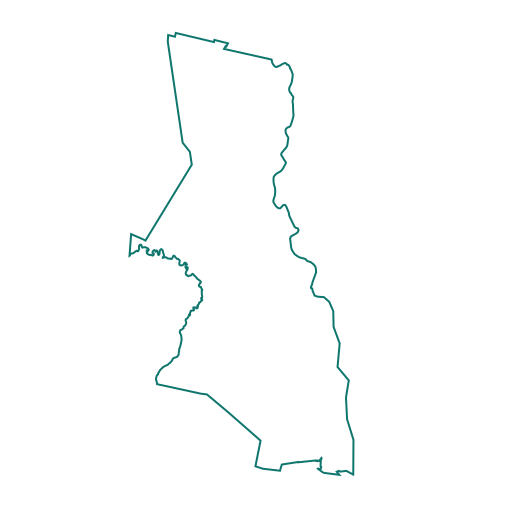 outline of Guerrero, Tamaulipas, Mexico, rotated 8°
{"feature_id": "50627088B90102683496666", "entity_name": "Guerrero", "entity_type": "district", "adm_level": 2, "iso_a3": "MEX", "parent_name": "Mexico", "parent_adm1": "Tamaulipas", "projection": "equal_earth", "projection_center": [-99.632, 26.921], "detail": "fine", "context": "isolated", "style": "outline", "palette": "teal", "viewbox_px": 512, "rotation_deg": 8, "n_neighbors": 0, "source": "geoboundaries", "source_scale": "gbopen_adm2", "svg_char_len": 6082}
<svg xmlns="http://www.w3.org/2000/svg" viewBox="0 0 512 512"><g transform="rotate(8 256 256)"><path d="M284.7,464.3L292.3,465.7L309.6,465.3L310.6,458.9L326.5,454.1L326.6,454.4L344.2,450.0L343.2,450.8L344.2,450.5L345.3,450.6L345.3,450.0L347.2,450.2L348.0,448.4L348.9,446.9L349.1,447.2L348.6,449.0L349.1,454.6L349.2,455.1L350.0,455.9L349.6,458.2L349.5,458.3L349.0,458.5L348.6,458.4L347.6,457.8L347.4,457.8L347.4,458.0L347.1,458.2L352.4,461.0L353.1,461.2L354.4,461.3L368.9,461.1L366.0,458.4L368.1,457.2L369.4,457.8L375.3,456.2L382.7,458.9L382.7,458.7L378.1,424.5L368.9,404.9L364.8,383.6L365.2,366.3L352.2,354.6L351.0,330.9L342.7,315.4L340.2,299.9L334.9,291.2L329.0,287.3L322.6,287.7L319.5,287.0L317.0,282.8L316.2,280.4L315.0,280.1L314.7,279.1L315.4,276.7L315.7,273.5L317.8,263.9L317.3,261.2L316.5,258.7L314.7,256.6L311.2,254.5L307.4,253.8L305.2,252.0L299.2,251.3L296.2,250.0L293.8,248.6L291.0,245.4L289.8,243.2L287.3,233.8L288.0,231.6L289.0,230.9L292.7,228.1L294.0,226.7L294.6,224.5L293.7,222.9L291.1,222.4L290.1,221.6L288.0,218.6L283.4,211.6L282.4,208.5L279.7,203.8L278.2,201.7L277.4,201.4L276.5,201.5L275.7,202.1L273.6,205.1L273.0,205.5L272.2,205.6L271.1,205.3L269.5,204.4L268.5,203.5L266.5,201.2L266.0,200.6L265.8,200.1L265.5,199.2L265.5,197.9L266.3,193.3L266.2,191.3L265.9,188.4L265.5,186.6L265.0,185.2L263.9,182.8L263.2,180.6L262.7,177.9L262.5,175.5L263.1,174.0L264.4,172.1L265.7,170.9L268.1,169.1L269.1,168.1L269.7,167.2L270.5,165.7L272.6,160.1L272.6,159.4L272.2,158.6L270.1,156.4L268.3,154.0L267.2,152.8L266.9,152.4L266.8,151.5L266.9,150.8L267.3,149.9L270.4,145.0L271.1,143.7L271.5,142.4L271.6,141.2L271.6,134.6L271.3,133.9L270.4,133.0L268.8,130.7L268.4,129.9L267.9,128.5L267.8,126.7L268.2,125.7L268.9,124.8L269.3,124.4L270.7,123.7L271.2,123.3L271.8,122.7L272.0,122.2L272.9,117.9L273.6,112.7L273.6,111.7L272.0,103.8L271.8,102.2L271.5,100.6L270.7,98.2L270.7,96.9L270.9,93.7L270.6,93.0L268.5,91.0L267.9,89.8L266.8,89.2L265.9,87.4L265.6,86.3L265.6,84.6L266.5,81.8L267.2,78.8L267.3,73.7L267.1,71.2L267.0,70.8L265.8,68.6L265.4,67.8L264.7,66.6L263.5,65.3L263.4,64.6L262.4,63.1L261.3,62.2L260.1,62.2L259.4,61.4L258.6,60.9L257.5,61.0L256.7,61.4L254.5,62.9L253.9,63.7L252.1,64.6L250.4,65.9L249.1,66.0L248.0,65.5L246.0,63.6L245.0,62.0L244.1,59.3L195.5,55.4L196.8,52.3L197.4,52.6L198.7,49.3L184.7,47.8L184.6,50.0L145.5,46.3L145.2,50.1L138.3,49.4L138.8,56.0L167.6,154.0L176.0,162.0L179.7,174.5L144.4,256.1L141.8,255.2L129.3,251.7L130.7,273.3L131.1,272.9L131.6,271.0L132.3,270.8L133.1,270.7L133.9,270.4L135.0,269.4L136.3,268.0L136.8,267.6L137.2,267.5L137.8,267.8L138.7,267.5L138.9,266.4L139.2,266.1L139.3,265.5L138.8,262.8L138.8,262.2L139.1,261.6L139.3,261.3L139.9,260.9L140.4,260.8L141.0,261.3L141.3,261.7L141.3,262.3L141.4,262.6L142.3,263.5L143.1,263.1L145.2,262.7L147.0,263.2L148.1,263.7L148.8,264.4L148.8,265.3L148.6,265.7L148.4,265.7L148.0,265.4L147.6,265.7L147.0,265.7L147.0,266.3L147.7,266.8L147.8,267.1L147.8,267.6L147.4,268.1L147.6,268.5L149.0,269.4L149.3,269.4L149.7,269.6L151.0,269.8L152.1,269.4L152.6,269.6L153.3,270.0L154.3,269.5L154.5,268.3L154.5,268.0L153.8,267.7L153.0,267.0L153.0,266.8L153.1,265.8L154.1,264.5L154.6,264.3L155.1,264.5L155.5,264.8L155.8,265.4L156.2,264.9L156.5,264.8L156.9,264.9L157.0,264.8L157.1,264.5L157.3,264.6L157.6,265.0L157.6,265.5L158.1,265.7L158.3,266.0L158.5,266.8L158.4,267.3L158.6,267.6L159.2,268.5L159.5,268.5L160.0,268.0L160.1,267.0L160.0,263.9L160.7,262.8L161.0,262.5L161.3,262.4L162.3,262.9L162.8,263.8L163.2,264.3L163.5,265.6L164.2,266.7L164.6,267.8L164.8,268.2L164.8,268.8L164.0,270.2L164.0,270.7L164.7,270.5L165.2,270.1L166.7,269.8L167.6,270.0L168.7,270.7L170.9,270.7L171.5,270.5L172.2,270.8L172.6,270.8L172.9,270.6L173.5,269.6L174.0,267.6L174.3,267.2L174.7,267.1L175.7,267.6L175.9,268.0L176.5,268.6L177.8,269.4L178.1,269.8L179.4,269.8L180.8,270.8L181.1,271.2L181.2,272.0L181.0,273.9L181.1,274.5L181.4,275.2L182.1,275.7L182.7,275.8L184.2,275.5L184.6,275.2L185.8,274.1L185.9,273.9L185.8,273.6L186.0,273.3L186.1,272.7L186.6,272.5L187.3,272.6L188.1,273.1L188.7,274.0L187.8,274.6L187.8,274.9L187.8,275.3L187.6,276.2L187.6,276.6L188.1,277.3L188.4,278.0L188.7,278.2L189.0,278.0L188.9,277.1L189.1,276.7L189.8,276.7L190.1,277.2L189.9,279.4L189.2,280.4L188.8,282.3L188.8,283.1L189.3,284.2L189.8,284.3L190.4,284.8L190.7,284.8L191.2,285.2L191.9,285.4L192.4,284.9L193.3,284.7L194.3,284.2L194.8,283.6L195.3,282.7L195.7,282.5L196.0,282.5L197.6,283.9L199.0,284.8L201.0,286.7L204.1,288.4L204.5,288.7L205.0,289.4L205.0,289.7L204.9,290.0L204.5,290.3L204.4,290.9L203.6,292.3L203.5,293.2L203.7,293.6L204.3,294.2L205.6,294.3L205.9,294.7L206.4,295.7L207.1,296.4L207.3,296.8L207.4,297.0L207.1,297.3L207.0,297.6L207.3,298.0L207.3,299.3L207.7,301.6L208.3,303.2L208.4,304.6L208.3,304.9L207.7,305.1L207.7,305.8L208.7,306.6L208.8,307.3L208.6,307.6L208.1,307.6L208.2,308.1L208.0,308.4L207.1,309.5L206.3,309.9L206.3,311.0L205.6,312.0L205.2,312.8L205.3,313.1L205.6,313.7L205.4,314.4L205.0,314.4L205.3,315.2L205.3,315.6L204.8,315.7L204.6,316.1L204.4,316.2L204.2,316.2L203.6,315.6L202.8,315.4L202.0,315.5L201.4,315.5L201.2,315.6L201.1,316.0L201.2,316.3L202.0,317.6L202.1,318.0L202.0,318.4L201.7,318.7L200.5,318.7L199.8,319.3L199.1,319.4L198.6,321.6L198.6,322.1L198.9,323.4L198.8,323.8L198.3,324.0L197.8,323.8L197.7,325.2L197.6,325.7L197.1,326.2L196.6,327.4L195.6,328.1L195.3,328.5L195.2,329.3L195.3,329.8L196.0,331.0L196.2,331.8L196.2,332.1L196.0,333.6L195.1,335.2L194.4,335.7L194.1,337.1L194.3,337.5L194.2,337.7L192.3,339.5L191.5,339.9L191.3,340.3L191.1,341.1L191.3,342.5L192.4,344.2L193.0,345.3L193.4,346.8L194.0,349.4L193.8,353.6L193.5,355.5L193.5,356.6L193.1,357.8L192.9,358.8L192.9,359.4L193.1,360.2L193.0,360.6L192.9,361.2L193.1,364.1L192.9,365.1L191.7,367.0L189.6,368.0L188.2,368.9L187.8,369.8L187.4,371.1L187.1,371.8L186.1,373.1L185.7,373.9L184.7,374.7L184.0,375.7L182.8,376.7L181.3,377.5L180.0,378.5L179.3,379.2L177.1,382.0L176.7,382.8L175.5,385.8L175.5,386.9L174.7,387.6L174.3,388.9L174.2,389.6L174.1,391.4L174.2,392.3L175.4,394.9L175.9,396.7L220.4,400.0L226.7,399.9L250.8,415.0L286.2,438.2L284.7,464.3Z" fill="none" stroke="#0f766e" stroke-width="2"/></g></svg>